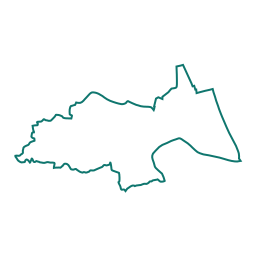 Ba Don, Quảng Bình, Vietnam
{"feature_id": "81297802B46228878369339", "entity_name": "Ba Don", "entity_type": "district", "adm_level": 2, "iso_a3": "VNM", "parent_name": "Vietnam", "parent_adm1": "Quảng Bình", "projection": "natural_earth1", "projection_center": [106.332, 17.736], "detail": "fine", "context": "isolated", "style": "outline", "palette": "teal", "viewbox_px": 256, "rotation_deg": 0, "n_neighbors": 0, "source": "geoboundaries", "source_scale": "gbopen_adm2", "svg_char_len": 5000}
<svg xmlns="http://www.w3.org/2000/svg" viewBox="0 0 256 256"><path d="M212.7,89.0L209.7,89.8L205.2,90.8L200.2,92.1L196.6,93.1L196.2,89.5L195.3,89.6L194.2,85.8L192.6,86.3L191.5,83.4L183.0,64.9L180.6,65.6L176.5,66.5L176.8,74.3L176.9,80.1L176.9,84.3L176.7,86.5L176.4,87.2L175.9,87.7L174.7,88.1L171.5,88.6L170.1,90.1L168.4,92.2L164.4,95.3L162.5,96.7L162.4,99.0L158.3,97.3L156.0,98.6L155.1,102.3L154.1,106.5L154.6,106.7L154.3,108.0L154.1,109.0L153.7,110.1L152.5,108.6L151.5,107.6L150.8,107.2L150.0,107.0L148.6,106.8L145.8,106.7L143.6,106.6L140.8,106.2L137.9,105.3L136.3,104.9L132.3,103.2L129.3,101.8L128.2,101.2L127.7,101.2L127.3,101.4L126.8,101.8L126.1,102.8L125.0,103.5L123.9,103.9L122.8,104.1L121.2,104.1L118.8,103.6L116.2,102.9L113.1,101.9L110.1,100.8L107.1,99.3L104.5,97.6L102.4,96.0L101.0,95.2L99.3,94.2L98.6,93.8L96.9,93.1L95.5,92.7L93.6,92.4L92.1,92.4L91.0,92.9L90.7,93.1L89.8,93.8L88.4,95.3L86.4,97.5L84.6,99.4L83.5,100.7L82.0,102.0L80.4,102.8L79.1,102.9L77.6,102.8L76.2,102.5L75.1,104.9L73.9,105.2L73.2,105.4L72.1,105.8L71.3,105.9L70.9,106.1L70.3,107.0L70.0,108.1L69.7,109.4L69.6,111.7L69.7,113.6L69.7,114.1L69.9,114.5L70.6,114.9L71.6,115.3L71.9,115.5L71.9,116.1L71.5,117.7L71.3,118.5L68.9,118.4L66.3,118.3L65.0,118.2L63.7,117.9L63.1,117.6L62.5,116.8L62.1,116.3L60.3,115.5L58.8,115.0L57.6,114.9L56.5,114.8L55.9,114.9L55.5,115.5L54.8,116.6L53.0,118.5L51.2,120.3L50.6,120.7L49.8,120.8L48.5,120.8L47.1,120.4L45.7,120.2L45.2,120.0L44.5,119.4L44.0,119.3L43.6,119.3L43.0,120.0L42.2,120.8L41.6,121.3L40.9,121.6L39.0,121.7L37.6,121.8L37.3,121.9L37.1,122.2L37.1,122.6L37.4,123.1L37.8,123.7L37.8,124.1L37.7,124.7L37.6,125.0L37.4,125.2L36.1,125.3L34.6,125.4L33.6,125.6L32.6,125.8L32.9,128.1L33.3,130.2L33.6,131.0L33.9,131.7L34.0,132.1L33.9,132.4L33.6,132.4L33.2,132.1L32.7,132.4L32.0,133.1L31.7,134.9L31.4,136.4L31.6,137.0L32.4,137.8L33.3,138.2L33.9,138.3L34.3,138.5L34.4,139.1L34.5,140.1L34.5,140.7L34.1,140.9L33.0,141.2L30.9,142.0L29.9,142.6L28.7,144.5L27.9,145.1L26.8,145.5L25.5,146.1L24.2,146.9L23.5,147.7L23.2,149.1L22.8,150.8L22.9,151.8L22.9,152.7L22.7,153.2L22.1,153.8L20.9,154.5L20.2,155.3L19.5,155.7L18.3,155.8L16.8,155.6L15.4,155.8L15.4,156.3L15.5,156.7L16.4,157.9L17.4,159.5L18.0,160.4L19.0,161.2L20.3,162.0L21.5,162.4L22.5,162.3L23.4,162.2L24.4,162.1L24.7,162.0L25.0,161.4L25.4,160.4L26.1,159.7L26.7,159.5L27.6,159.9L28.4,160.6L29.1,161.5L29.7,162.3L29.9,162.6L30.1,162.5L30.7,161.1L31.2,160.1L31.4,159.2L31.7,158.7L31.8,158.6L32.1,158.7L32.5,159.3L33.2,160.9L33.4,161.3L33.8,161.8L34.2,162.0L34.6,162.0L35.1,161.9L35.7,161.5L36.3,161.1L36.8,161.2L37.9,161.6L38.7,161.7L39.0,161.8L39.3,162.1L39.9,162.3L41.9,162.6L42.9,162.8L44.2,162.9L45.5,162.6L47.2,162.1L47.8,162.1L48.9,162.3L50.3,162.6L51.6,162.6L52.8,162.6L53.9,162.8L54.3,162.9L54.5,163.3L54.6,163.7L54.4,164.7L54.1,166.1L53.9,167.1L53.9,167.9L54.8,167.7L56.4,167.6L57.7,167.6L58.9,167.5L59.8,167.6L60.3,167.7L61.1,167.2L62.0,166.3L62.8,165.7L63.7,164.4L64.4,163.9L65.0,163.7L66.2,163.8L67.1,164.1L68.3,165.0L69.0,166.0L69.8,167.3L70.6,168.7L71.0,169.2L71.5,169.4L72.6,169.6L73.6,169.6L74.7,169.2L75.6,169.0L76.1,169.1L77.2,170.0L79.6,171.6L80.7,172.1L81.7,172.4L82.4,172.6L82.9,172.5L83.3,172.2L84.0,172.1L84.9,172.3L85.9,172.6L87.0,172.4L89.1,171.6L89.8,170.8L90.4,170.4L91.4,170.4L92.9,170.5L94.0,170.4L96.0,169.5L98.3,168.5L100.7,167.5L101.8,167.1L102.5,166.6L103.3,165.7L103.8,165.2L104.1,165.1L104.7,165.0L105.3,165.1L105.9,165.3L106.4,165.4L107.1,165.3L108.9,164.8L109.5,164.5L109.8,163.9L110.0,163.3L110.2,162.7L110.4,162.7L110.6,163.1L111.0,165.1L111.3,167.3L111.5,169.3L111.8,170.0L112.3,170.4L113.0,170.7L114.1,171.1L116.3,171.9L118.9,172.8L119.3,174.4L119.5,177.4L119.5,179.3L119.4,181.0L119.2,181.6L119.0,181.8L118.5,182.2L118.9,183.5L119.8,185.2L120.3,186.3L120.6,187.4L120.9,188.7L121.2,189.3L121.5,189.6L121.9,189.7L122.7,189.6L123.5,189.5L124.2,189.6L124.6,189.9L125.1,190.6L125.5,191.1L127.3,188.6L128.3,188.0L130.0,186.8L131.5,185.9L132.9,185.5L134.1,185.6L134.8,186.1L136.4,185.5L139.7,185.1L140.8,185.0L142.5,184.3L144.1,183.8L145.2,183.8L146.4,183.9L147.5,183.5L148.7,182.7L149.6,181.6L150.2,181.4L151.5,181.4L152.0,181.1L152.4,180.6L153.3,180.3L155.5,179.9L157.1,179.6L157.6,179.4L158.3,179.9L159.6,181.1L160.4,181.6L161.3,181.7L162.7,181.6L163.6,181.4L164.6,181.0L164.7,180.9L163.6,177.3L162.0,173.6L160.8,172.6L158.1,170.2L155.8,168.0L154.9,166.7L153.8,162.7L152.6,159.3L152.2,157.3L152.3,155.5L153.0,153.6L155.3,151.0L159.2,147.0L162.4,144.9L167.2,142.9L171.1,141.0L173.5,140.1L175.7,139.4L177.9,138.6L179.0,138.3L180.0,138.4L181.5,139.1L183.2,140.3L187.7,143.3L190.5,145.7L192.3,147.5L195.2,150.2L197.5,152.1L199.8,153.2L203.1,154.3L204.0,154.5L208.8,155.3L219.5,157.6L224.0,158.9L228.1,160.1L231.4,160.9L234.7,161.4L237.2,161.5L239.4,161.1L240.6,160.9L239.0,158.5L239.1,156.5L238.9,154.2L238.8,153.4L238.1,151.2L236.0,145.9L232.2,138.7L229.2,133.0L226.6,127.3L222.1,116.8L221.0,114.1L219.0,108.9L218.1,106.1L216.2,100.8L215.0,96.7L213.5,92.2L212.7,89.0Z" fill="none" stroke="#0f766e" stroke-width="2"/></svg>